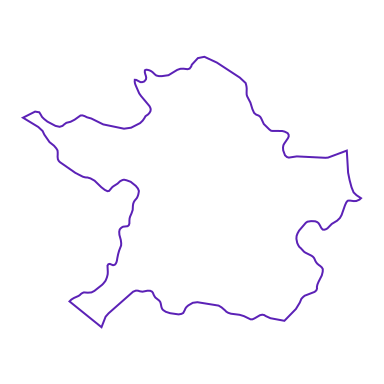 an SVG outline of Meath
{"feature_id": "IRL-715", "entity_name": "Meath", "entity_type": "County", "adm_level": 1, "iso_a3": "IRL", "parent_name": "Ireland", "parent_adm1": "", "projection": "mercator", "projection_center": [-6.777, 53.646], "detail": "fine", "context": "isolated", "style": "outline", "palette": "violet", "viewbox_px": 384, "rotation_deg": 0, "n_neighbors": 0, "source": "natural_earth", "source_scale": "10m", "svg_char_len": 3825}
<svg xmlns="http://www.w3.org/2000/svg" viewBox="0 0 384 384"><path d="M346.8,150.6L348.1,172.7L349.6,180.1L351.5,187.2L353.6,192.4L356.5,195.2L361.0,198.2L359.5,199.6L356.3,201.0L353.7,201.1L350.2,200.6L348.5,200.6L347.6,200.8L346.3,202.4L345.0,205.3L341.6,215.0L339.9,218.0L337.1,220.7L331.8,223.9L327.4,228.4L326.0,229.2L324.4,229.7L322.8,229.6L321.7,228.5L320.8,227.1L320.1,225.7L319.3,224.3L318.4,223.0L317.0,222.0L315.2,221.3L311.2,221.1L307.4,221.7L305.8,222.8L299.1,230.6L297.5,233.5L296.6,236.0L296.4,238.8L297.2,242.9L298.3,245.3L299.4,247.0L300.7,248.1L304.0,251.7L305.3,252.6L311.5,255.7L312.9,256.7L313.9,257.8L314.7,259.3L315.3,260.8L316.1,262.2L317.1,263.5L318.8,265.0L320.0,265.8L321.8,267.4L322.8,269.1L322.7,271.8L321.8,275.4L318.6,281.7L317.4,284.6L316.9,286.9L317.0,288.6L316.3,290.4L314.6,291.9L304.7,295.7L303.1,297.0L301.4,298.8L299.8,302.6L295.9,309.0L284.4,320.8L270.4,318.2L265.6,316.0L264.3,315.1L262.3,314.7L260.0,315.2L254.5,318.4L252.5,319.3L250.5,319.3L243.9,316.1L239.6,314.8L230.9,313.7L228.2,312.8L226.3,311.7L225.3,310.6L221.6,307.4L218.6,305.6L197.4,302.2L192.8,302.8L188.3,305.4L186.5,307.0L185.4,308.5L184.9,309.8L183.8,311.9L183.2,313.0L181.4,313.9L178.6,314.4L170.1,313.2L165.8,311.8L163.2,310.1L162.3,309.1L161.9,308.3L161.4,306.9L160.7,303.4L160.2,301.9L159.6,301.1L159.1,300.5L155.3,297.5L154.4,296.1L153.6,294.6L153.0,293.0L152.1,291.7L150.3,290.8L147.5,290.7L142.5,291.7L139.9,291.3L138.0,290.7L135.9,290.6L133.1,291.7L108.6,313.3L105.6,316.7L101.5,327.2L69.5,301.4L71.3,299.6L73.9,298.0L78.6,295.9L79.9,295.0L81.0,293.9L82.4,293.0L83.9,292.4L87.8,292.7L91.5,292.4L94.4,290.9L102.0,284.9L103.2,283.7L105.3,281.1L106.0,279.7L106.9,277.4L107.3,275.9L107.7,274.2L107.8,271.8L107.5,265.6L108.4,264.2L109.8,263.9L113.0,265.2L113.6,265.1L114.8,264.7L115.8,263.6L116.5,262.1L117.0,260.2L117.3,258.2L118.1,254.3L119.1,250.7L121.1,245.5L121.2,243.2L120.8,240.0L119.4,234.8L119.2,231.8L119.7,229.5L120.7,228.3L121.8,227.4L123.1,226.7L127.6,226.2L128.8,225.2L129.4,223.4L129.4,220.7L129.6,218.4L130.1,216.6L131.5,213.4L132.7,209.9L132.9,205.8L133.2,203.8L133.8,202.1L134.7,200.6L136.8,198.1L137.6,196.5L138.2,194.8L138.6,192.9L138.9,191.0L137.9,188.5L135.8,185.9L130.7,181.8L126.6,180.3L124.0,179.7L122.6,180.0L121.3,180.6L120.0,181.3L117.6,183.6L113.5,186.2L112.2,187.2L109.1,190.9L107.5,191.2L104.8,189.9L101.3,187.2L94.6,180.7L90.5,178.4L87.5,177.5L85.3,177.4L82.8,176.7L75.4,172.9L60.0,162.2L58.8,161.0L57.9,159.3L57.6,156.8L57.7,154.4L57.7,152.3L57.5,150.4L56.3,148.4L54.0,145.7L49.5,142.1L44.3,134.6L42.6,131.0L38.3,127.0L23.0,117.7L35.1,111.6L39.3,112.3L40.9,114.9L42.0,116.9L44.0,118.9L47.4,121.6L55.5,125.9L59.6,126.8L62.5,125.9L64.3,124.3L66.4,122.8L70.5,121.8L74.6,119.7L80.5,115.5L82.4,115.4L84.6,116.1L87.0,117.3L91.3,118.5L103.2,124.4L124.0,128.7L131.1,127.7L140.1,123.1L142.7,120.6L144.3,118.3L145.5,116.2L148.1,114.4L149.6,112.7L150.5,111.0L150.7,109.1L150.2,107.5L149.4,106.0L141.1,96.1L139.2,93.4L135.7,85.4L135.0,83.5L134.7,81.6L134.8,79.8L136.2,79.9L140.4,82.1L142.3,82.1L144.0,81.6L145.1,80.5L146.0,79.2L146.2,77.5L145.8,75.7L145.2,73.9L144.8,72.2L144.9,70.3L146.2,69.7L147.8,69.9L149.6,70.4L151.2,71.2L152.5,72.1L155.0,74.5L156.3,75.5L158.8,76.1L162.1,76.1L168.5,75.2L177.2,69.9L180.3,68.8L183.4,68.7L187.6,69.2L189.6,68.6L191.2,66.5L191.8,64.7L197.9,58.1L204.4,56.8L216.9,62.6L239.8,77.6L245.6,83.0L246.1,84.7L246.5,86.6L246.7,88.6L246.6,92.7L246.7,94.8L247.2,96.4L250.4,102.6L252.4,109.1L254.1,112.9L256.1,114.6L258.7,115.6L260.2,116.8L261.2,118.4L263.8,124.0L269.4,129.5L271.0,130.7L272.1,130.9L282.2,131.0L284.6,131.6L287.6,133.1L288.6,134.7L288.7,136.4L288.0,138.1L284.2,143.7L283.4,145.2L283.0,147.5L283.2,150.4L285.0,155.3L286.9,157.0L288.8,157.6L296.8,156.4L325.4,157.8L328.0,157.6L345.2,151.2L346.8,150.6Z" fill="none" stroke="#5b21b6" stroke-width="2"/></svg>